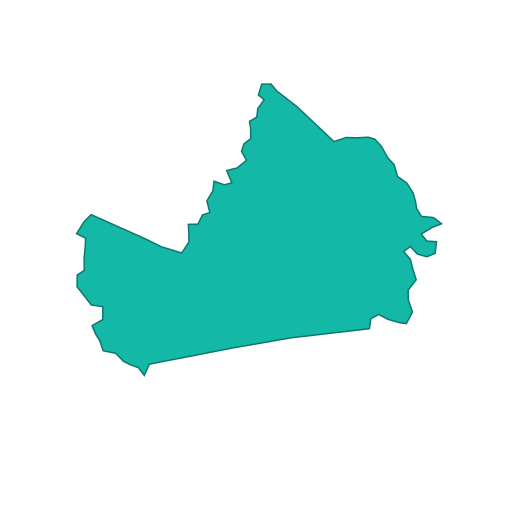 outline of Arroio Trinta, Santa Catarina, Brazil, rotated 33°
{"feature_id": "56859067B75493701327635", "entity_name": "Arroio Trinta", "entity_type": "district", "adm_level": 2, "iso_a3": "BRA", "parent_name": "Brazil", "parent_adm1": "Santa Catarina", "projection": "robinson", "projection_center": [-51.339, -26.925], "detail": "fine", "context": "isolated", "style": "filled", "palette": "teal", "viewbox_px": 512, "rotation_deg": 33, "n_neighbors": 0, "source": "geoboundaries", "source_scale": "gbopen_adm2", "svg_char_len": 1292}
<svg xmlns="http://www.w3.org/2000/svg" viewBox="0 0 512 512"><g transform="rotate(33 256 256)"><path d="M383.9,127.1L373.2,132.7L365.0,128.8L359.9,123.2L353.3,117.5L342.7,112.7L331.3,112.2L322.0,104.1L313.1,101.9L301.6,95.8L292.2,93.3L285.3,95.3L276.3,101.9L267.1,107.5L259.0,117.6L209.5,108.5L183.6,106.3L174.9,103.6L167.2,108.8L170.3,119.7L177.7,120.5L177.2,131.3L181.0,139.1L177.2,146.6L182.1,152.1L187.6,160.4L184.8,168.7L186.9,176.2L195.9,180.9L192.1,192.6L184.8,200.3L195.9,207.8L190.7,213.5L180.1,216.1L184.3,224.7L184.8,236.5L193.6,244.7L188.7,250.8L190.0,260.9L182.0,266.3L186.9,272.9L192.1,280.7L192.1,293.9L171.7,299.8L155.0,301.7L95.2,311.1L93.1,321.1L93.4,335.0L103.3,333.8L107.4,340.7L113.3,351.9L119.8,361.6L116.4,369.3L122.7,379.3L132.0,382.4L144.6,386.8L155.0,381.9L162.1,392.7L156.4,403.7L164.2,408.9L171.3,412.3L179.4,418.7L191.4,414.0L202.1,416.5L209.6,415.7L218.2,413.7L227.4,417.0L225.5,404.9L233.4,397.1L287.4,345.0L330.1,305.4L390.7,255.2L386.5,246.0L390.7,238.2L401.4,237.2L412.6,233.8L418.9,230.8L417.8,217.8L407.8,210.0L402.2,201.7L403.3,188.7L394.5,181.4L387.4,174.8L377.4,171.8L380.3,164.0L390.3,166.5L399.7,163.6L404.8,156.2L399.6,145.7L391.2,150.4L382.6,147.6L388.1,136.2L394.1,127.9L383.9,127.1Z" fill="#14b8a6" stroke="#0f766e" stroke-width="1.5"/></g></svg>